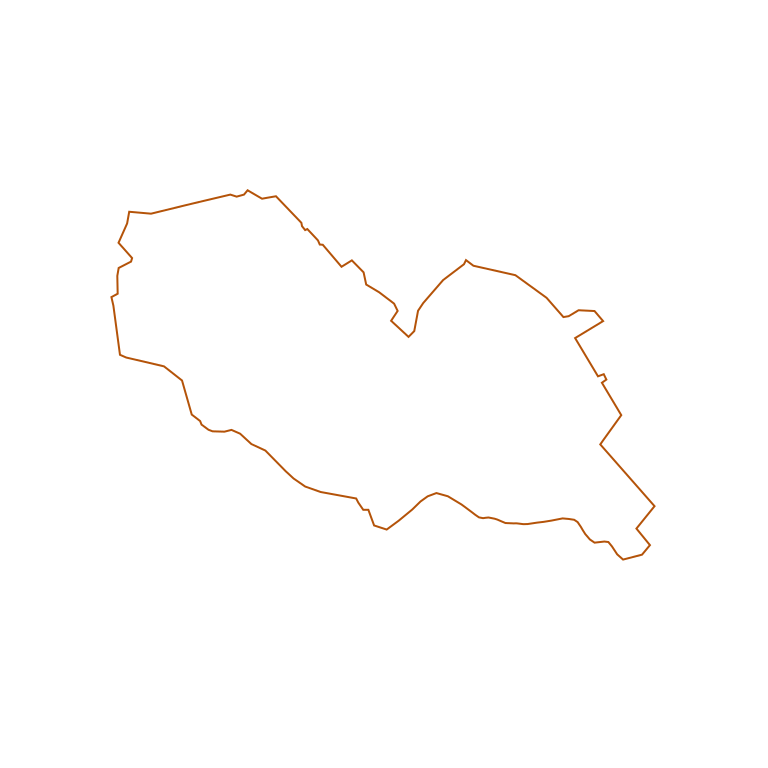 Al Kamlin, Gezira, Sudan, rotated 154°
{"feature_id": "16777658B48918222085465", "entity_name": "Al Kamlin", "entity_type": "district", "adm_level": 2, "iso_a3": "SDN", "parent_name": "Sudan", "parent_adm1": "Gezira", "projection": "equal_earth", "projection_center": [32.926, 15.143], "detail": "fine", "context": "isolated", "style": "outline", "palette": "amber", "viewbox_px": 768, "rotation_deg": 154, "n_neighbors": 0, "source": "geoboundaries", "source_scale": "gbopen_adm2", "svg_char_len": 1750}
<svg xmlns="http://www.w3.org/2000/svg" viewBox="0 0 768 768"><g transform="rotate(154 384 384)"><path d="M590.9,581.6L592.9,573.0L608.5,526.0L604.1,520.8L574.0,496.3L564.0,475.7L570.2,440.8L565.5,431.3L565.8,427.5L561.8,419.8L558.8,416.6L548.3,411.1L541.2,409.6L535.1,402.4L529.5,388.1L519.8,376.2L510.6,348.7L506.7,338.7L499.8,326.4L488.3,314.7L481.9,310.0L459.2,293.3L459.1,288.7L457.8,280.0L453.2,277.8L454.9,261.2L445.7,252.3L445.5,252.1L445.4,252.0L430.7,254.7L413.6,258.8L402.7,262.4L394.0,263.9L384.7,263.0L375.8,255.1L367.2,241.8L365.3,238.2L361.6,231.0L359.3,226.4L357.1,222.5L353.8,220.0L351.3,219.2L348.6,218.2L343.7,214.5L341.6,212.5L338.6,209.0L335.8,205.8L328.6,201.9L326.0,200.7L324.1,199.5L320.3,197.0L316.4,195.2L307.2,192.3L300.9,190.1L293.3,187.8L289.5,186.8L282.4,184.9L277.1,181.7L272.6,178.6L270.5,175.0L270.1,172.1L269.7,169.4L269.4,165.4L268.9,160.9L267.1,154.0L264.3,149.1L255.0,145.8L251.6,143.6L250.3,138.1L249.1,128.7L246.1,121.4L226.9,117.5L215.6,122.6L220.5,143.4L194.4,155.6L216.1,234.9L211.4,237.5L184.4,252.0L187.6,289.6L182.2,290.5L182.2,296.5L188.3,297.1L192.1,341.5L159.5,344.5L162.8,357.3L176.8,365.0L188.3,364.0L193.4,365.5L200.1,390.2L218.2,424.2L251.8,451.1L256.0,459.4L259.6,456.6L285.3,451.5L313.2,439.6L321.3,434.9L333.6,418.3L341.3,415.6L349.9,437.7L339.7,443.7L339.7,451.8L348.1,468.5L356.4,481.2L353.4,493.3L358.7,509.2L370.8,508.0L378.0,536.0L380.6,537.5L380.4,542.0L385.0,556.9L387.4,556.9L388.5,561.8L387.6,565.1L398.8,600.1L407.4,602.6L412.4,604.0L421.7,617.9L426.8,615.6L434.3,617.0L439.1,621.6L470.6,628.7L484.6,631.8L518.7,639.2L537.5,650.5L544.5,640.9L560.7,627.3L555.2,607.6L557.7,604.9L571.6,604.6L576.3,598.1L583.8,581.9L590.9,581.6Z" fill="none" stroke="#b45309" stroke-width="2"/></g></svg>